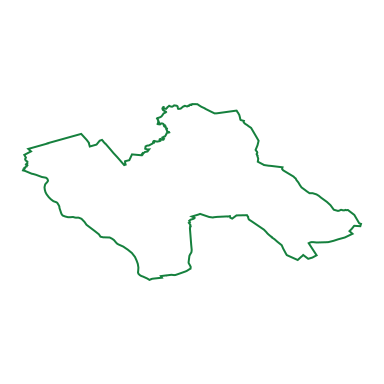 Zaņas pag., Saldus, Latvia
{"feature_id": "27541924B45294265092973", "entity_name": "Zaņas pag.", "entity_type": "district", "adm_level": 2, "iso_a3": "LVA", "parent_name": "Latvia", "parent_adm1": "Saldus", "projection": "natural_earth1", "projection_center": [22.206, 56.482], "detail": "fine", "context": "isolated", "style": "outline", "palette": "green", "viewbox_px": 384, "rotation_deg": 0, "n_neighbors": 0, "source": "geoboundaries", "source_scale": "gbopen_adm2", "svg_char_len": 5826}
<svg xmlns="http://www.w3.org/2000/svg" viewBox="0 0 384 384"><path d="M236.5,110.6L216.9,113.3L214.6,113.4L210.1,111.2L209.9,111.1L205.1,108.7L204.9,108.4L201.4,106.8L199.0,105.3L197.4,104.2L193.1,104.1L192.7,104.3L192.5,104.1L191.9,104.2L191.1,104.6L190.8,104.6L190.9,105.0L190.7,105.0L190.4,104.9L189.4,105.1L189.0,105.4L189.0,105.7L188.8,105.7L188.6,105.9L188.2,105.8L187.9,106.1L187.7,106.1L187.4,106.4L186.8,106.4L185.2,105.9L184.4,105.9L184.1,106.1L183.9,106.4L183.1,106.6L180.7,108.6L178.7,108.9L178.3,108.9L178.0,108.7L177.7,107.4L177.7,106.8L177.4,106.2L176.6,105.7L175.4,105.6L174.9,105.4L174.5,105.5L174.1,105.4L173.8,105.7L173.4,106.0L172.2,106.7L171.8,106.7L170.7,106.5L169.5,106.0L169.3,105.8L169.1,105.8L168.6,106.4L167.5,107.1L167.1,107.8L166.1,108.8L164.6,108.6L163.8,108.2L163.6,107.8L163.7,107.1L163.3,107.0L163.2,107.1L162.9,107.7L162.5,108.1L162.4,108.4L162.5,109.0L162.9,109.9L163.5,110.4L166.0,111.8L166.1,112.0L165.7,112.4L163.5,113.5L163.0,114.4L161.5,116.4L160.4,117.1L158.8,117.7L157.3,118.1L157.1,118.3L157.0,118.5L157.7,119.2L157.7,119.6L158.1,120.0L158.1,120.5L158.5,121.1L158.1,121.8L158.1,122.0L158.9,122.2L159.2,122.5L159.4,123.3L159.1,123.6L157.9,123.5L157.7,123.7L157.6,124.0L158.0,124.2L159.8,124.4L160.3,124.3L160.9,123.7L161.5,123.4L162.4,123.5L163.3,123.9L163.6,124.3L163.7,125.1L163.8,125.2L164.8,125.2L164.9,125.4L164.9,125.6L164.3,126.1L164.2,126.3L164.3,126.4L164.6,126.5L165.2,126.4L165.6,126.5L165.5,127.2L165.5,127.5L165.8,127.9L166.7,128.3L167.0,128.6L166.9,128.9L166.3,129.3L166.3,129.5L166.8,130.1L167.0,130.5L167.0,130.9L167.1,131.3L167.4,131.5L167.7,131.7L169.0,132.0L169.2,132.4L168.9,132.5L167.1,132.8L166.6,133.3L166.3,134.2L165.2,136.1L165.0,136.4L163.9,136.7L163.7,137.2L163.5,137.5L163.3,137.5L162.9,137.3L162.5,137.3L162.4,137.4L162.8,137.9L163.6,138.4L163.9,138.7L163.3,139.2L163.5,139.6L163.4,139.7L162.9,139.8L162.4,139.5L161.4,139.7L161.0,139.5L161.0,139.1L160.9,139.0L160.6,138.9L160.1,139.0L159.6,139.4L159.7,140.1L160.2,140.5L160.3,140.8L159.8,141.1L157.2,141.6L156.0,141.4L154.1,140.9L153.8,141.0L153.6,141.2L153.7,141.4L154.3,142.0L154.2,142.3L153.5,141.8L153.2,141.8L153.0,142.5L153.2,142.9L152.6,143.5L148.8,145.5L147.2,145.6L145.6,146.4L145.2,148.7L147.3,149.5L149.1,149.4L147.5,151.5L144.9,152.0L143.4,153.3L142.8,153.0L142.0,154.0L142.5,154.7L141.9,155.3L132.0,154.4L129.3,160.2L125.1,161.2L125.0,161.6L125.3,163.4L125.2,163.5L125.6,164.6L124.2,165.1L117.3,157.2L113.4,153.0L110.4,149.4L105.3,143.5L105.0,143.5L103.3,141.6L103.3,141.4L102.0,139.9L99.7,140.7L96.5,144.6L89.8,146.5L88.8,143.0L88.9,142.9L88.2,141.9L86.6,139.8L81.2,133.9L47.8,143.2L47.9,143.4L28.3,148.9L31.0,151.4L24.3,154.9L25.9,157.6L25.1,159.1L25.7,160.5L27.4,161.6L27.2,163.6L26.9,163.6L26.4,163.8L26.1,164.3L26.6,164.4L26.5,164.5L26.8,164.9L26.7,165.1L27.0,165.3L26.5,165.6L26.6,165.9L26.9,165.9L26.7,166.3L26.4,166.2L26.2,166.5L25.5,167.0L25.3,167.5L25.0,167.6L24.4,167.8L24.4,168.2L24.7,168.4L24.7,168.5L24.5,168.9L23.6,169.2L23.7,169.6L23.3,169.7L23.0,170.4L25.0,170.9L31.7,173.7L33.2,174.0L36.0,174.8L41.9,177.0L45.9,177.7L46.9,178.4L47.6,179.3L48.0,180.8L47.2,182.1L45.7,183.7L45.2,184.4L45.0,185.0L44.5,187.3L44.8,189.7L45.5,192.2L46.6,194.3L48.8,197.2L50.9,199.3L53.4,201.2L56.5,202.3L57.3,202.9L58.6,205.0L59.3,206.4L59.5,208.1L61.3,213.5L61.9,214.6L62.8,215.6L65.2,216.5L68.0,217.2L70.5,217.2L73.0,217.0L75.2,217.6L76.6,217.7L78.2,217.6L79.3,217.9L81.5,218.8L84.5,221.9L86.5,224.8L94.7,231.0L98.9,234.3L100.5,236.7L103.1,237.3L109.7,237.5L112.2,238.8L114.0,240.1L116.0,242.5L117.3,243.8L118.8,244.6L123.3,246.6L125.3,248.0L127.7,249.6L131.9,253.0L135.0,257.0L136.7,260.8L137.8,263.9L138.4,267.6L138.2,270.7L138.0,272.4L138.4,273.7L139.8,275.1L141.3,276.0L142.8,276.5L147.0,278.4L148.9,279.5L149.4,279.9L151.2,279.2L151.3,279.0L152.7,278.7L161.9,277.7L160.9,276.1L166.3,275.4L166.4,275.5L166.7,275.4L171.3,274.8L174.2,275.1L175.4,275.0L177.5,274.3L185.4,271.5L186.8,270.9L189.6,269.1L190.5,268.7L190.6,268.0L190.7,266.9L190.1,265.6L188.9,263.5L188.6,262.8L188.6,262.2L189.4,255.9L190.1,254.4L191.3,252.5L191.5,251.7L191.7,249.9L191.2,244.8L189.9,228.0L190.2,227.7L190.1,226.3L190.6,226.2L190.3,224.7L188.9,222.9L189.9,222.2L189.2,220.8L190.6,219.7L193.5,218.8L194.5,218.2L194.6,217.9L193.8,217.4L191.9,216.5L198.6,214.5L200.1,213.9L209.2,217.0L213.0,217.5L213.4,217.3L217.0,216.9L227.4,216.4L227.8,216.6L229.9,216.1L230.3,217.7L232.2,218.6L236.5,215.4L247.0,215.2L247.4,216.0L248.1,216.7L248.1,217.5L248.8,219.4L249.9,220.2L251.2,221.0L264.0,229.7L266.4,232.2L266.9,232.8L267.0,233.0L268.2,234.2L270.2,235.9L271.9,237.1L271.8,237.4L274.5,239.2L277.3,241.7L281.7,245.2L283.2,248.6L286.0,253.8L286.8,255.1L297.7,260.0L301.0,257.0L302.6,255.7L303.2,255.0L308.2,258.8L312.3,257.6L316.6,255.3L308.7,243.2L310.1,242.5L311.5,242.1L312.9,242.1L316.6,242.5L327.1,242.2L328.4,242.1L333.6,240.8L338.2,239.3L344.8,237.5L352.5,233.8L349.5,231.1L351.8,228.8L354.1,225.9L354.3,225.8L360.2,226.2L360.3,226.2L361.0,223.9L359.3,223.3L359.1,223.1L354.3,214.9L347.9,210.0L346.1,210.2L345.4,209.9L344.4,210.3L342.9,210.3L341.5,209.9L340.8,209.9L339.3,210.6L338.0,210.9L334.0,209.8L333.7,209.6L330.5,205.2L326.9,201.9L321.1,197.7L318.8,195.8L316.5,194.4L312.6,193.2L309.5,193.2L306.6,191.2L305.2,190.1L301.5,187.4L299.9,185.1L298.4,182.5L296.4,180.0L295.7,178.5L294.6,177.7L293.6,176.6L285.1,171.5L283.0,170.2L282.1,169.0L282.5,167.3L271.0,165.9L268.5,165.7L263.9,165.0L263.7,164.8L257.8,161.7L258.1,159.6L258.2,158.8L258.2,158.6L257.2,155.5L257.4,155.4L256.6,154.1L257.3,152.8L257.0,151.7L256.5,151.2L255.6,149.9L257.5,145.3L258.6,140.8L256.9,137.8L251.1,127.9L248.3,126.0L247.5,125.3L245.1,123.8L244.0,122.7L243.6,122.1L243.6,121.8L243.9,120.9L240.9,120.1L240.4,119.7L239.9,117.3L239.3,115.0L238.0,112.7L237.4,112.0L236.7,110.7L236.5,110.6Z" fill="none" stroke="#15803d" stroke-width="2"/></svg>